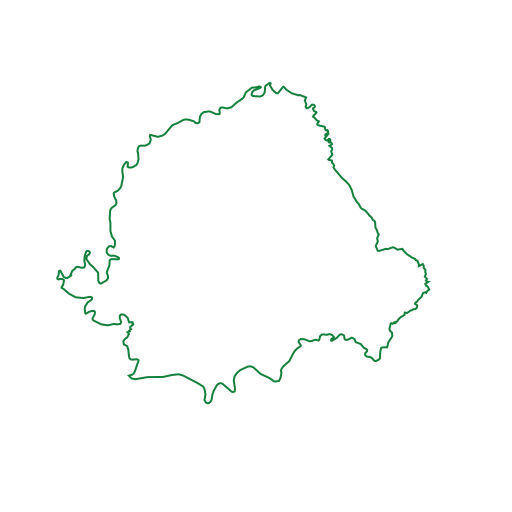 Soc Son, Ha Noi, Vietnam, rotated 116°
{"feature_id": "81297802B86407395704878", "entity_name": "Soc Son", "entity_type": "district", "adm_level": 2, "iso_a3": "VNM", "parent_name": "Vietnam", "parent_adm1": "Ha Noi", "projection": "orthographic", "projection_center": [105.824, 21.281], "detail": "fine", "context": "isolated", "style": "outline", "palette": "green", "viewbox_px": 512, "rotation_deg": 116, "n_neighbors": 0, "source": "geoboundaries", "source_scale": "gbopen_adm2", "svg_char_len": 6103}
<svg xmlns="http://www.w3.org/2000/svg" viewBox="0 0 512 512"><g transform="rotate(116 256 256)"><path d="M371.8,407.6L372.2,400.1L369.5,392.8L365.6,387.5L365.1,386.2L365.2,385.2L367.1,384.5L371.5,386.9L375.9,387.5L378.5,386.9L382.1,384.4L382.4,383.5L379.3,381.5L377.8,379.9L376.4,377.6L376.5,376.8L377.1,376.1L378.9,375.5L383.5,375.5L384.6,375.1L385.2,373.9L385.3,365.3L383.4,359.0L379.4,354.0L378.4,351.0L376.5,348.2L374.6,348.2L371.2,351.5L369.4,352.2L368.1,351.9L367.1,350.7L366.7,348.8L367.0,346.8L367.9,344.2L371.3,340.9L369.6,338.1L370.9,337.3L370.7,336.8L371.5,336.3L375.0,338.0L376.2,337.2L376.5,336.2L378.8,337.2L379.2,336.5L380.8,338.1L381.9,336.0L385.6,336.1L388.2,337.5L391.0,337.8L393.4,335.9L393.4,332.7L393.7,332.1L396.3,329.6L402.0,326.1L403.3,324.9L403.8,323.7L403.7,322.4L401.0,317.7L401.0,316.3L401.5,315.7L412.9,314.3L415.3,314.4L416.7,315.1L419.3,317.8L420.1,315.7L420.5,313.4L419.5,310.3L412.3,300.2L405.4,286.4L400.1,279.8L397.7,276.1L396.2,273.5L395.4,269.5L395.8,252.9L396.5,246.1L398.3,243.9L402.4,240.8L408.0,239.2L409.7,236.7L409.6,234.9L408.7,233.7L406.5,232.9L403.9,233.1L399.5,234.5L396.0,234.9L389.4,234.6L387.0,233.6L385.9,232.2L385.5,230.2L388.6,218.3L388.4,217.1L387.1,215.8L384.7,216.6L377.5,221.5L373.6,222.5L369.3,221.8L365.5,220.2L358.9,214.8L357.5,212.4L357.2,209.6L360.0,200.1L359.8,190.5L360.7,185.3L360.3,183.5L358.3,180.6L355.0,180.5L349.6,182.0L348.3,183.3L345.7,183.6L341.8,182.6L336.0,180.0L327.2,179.9L323.4,179.3L321.2,178.5L317.6,176.4L316.6,176.6L314.8,179.7L313.8,180.4L312.9,180.5L311.0,179.3L309.6,175.9L309.2,170.6L308.0,168.7L305.2,165.9L304.6,162.9L303.8,162.4L299.9,163.2L297.9,162.4L296.7,160.7L295.9,158.0L293.9,155.6L293.7,152.9L294.7,150.5L295.2,150.4L297.2,151.7L298.7,151.8L299.1,151.2L298.8,150.5L294.2,147.5L289.9,146.2L288.7,144.5L288.9,142.0L291.7,140.0L292.1,139.1L291.7,137.7L290.5,136.4L287.4,134.1L287.5,131.0L289.7,128.6L289.2,123.3L291.3,118.8L291.3,115.7L291.8,114.8L293.1,114.4L295.2,115.2L296.7,114.8L297.6,113.8L297.8,112.4L296.7,108.8L296.9,107.2L298.2,104.1L298.3,103.2L297.6,101.9L294.8,99.9L293.5,99.8L288.2,102.1L283.9,103.3L282.8,102.4L280.5,98.1L275.7,99.2L268.8,98.4L267.8,98.6L265.3,100.2L264.5,102.6L263.2,104.1L257.6,105.3L257.0,104.8L257.1,103.4L255.3,102.8L255.6,101.8L255.0,101.1L254.0,101.7L252.9,100.3L251.3,100.4L247.6,99.2L243.9,96.7L241.6,97.4L241.0,95.2L237.2,93.2L236.6,92.2L234.6,91.0L234.1,89.8L233.0,89.1L231.4,88.8L229.7,89.5L229.3,92.1L228.2,92.3L226.8,91.3L224.5,91.0L220.1,89.3L216.2,89.7L214.4,88.1L214.5,86.8L212.1,86.6L210.3,85.6L208.6,87.8L207.9,89.2L208.1,90.1L206.9,91.6L203.9,90.0L204.3,90.9L203.8,91.4L203.6,92.5L201.7,92.2L200.4,95.3L197.6,95.4L196.3,96.8L194.2,97.6L193.2,100.0L191.0,101.2L190.1,102.6L193.7,105.2L191.8,106.1L190.9,107.6L189.4,108.8L189.8,110.4L188.9,111.7L189.0,115.2L188.2,121.1L186.6,125.7L185.4,127.6L188.2,131.4L187.9,135.6L188.2,136.9L192.1,140.7L192.6,142.4L197.4,147.5L197.9,148.9L194.4,152.8L189.4,152.9L187.0,154.9L182.9,155.1L181.9,156.8L180.0,158.4L178.1,161.1L173.2,163.9L172.5,165.1L172.2,167.2L170.6,169.2L169.9,172.1L169.2,173.0L167.2,178.0L167.2,181.5L166.7,183.1L164.2,186.5L163.2,189.0L159.8,194.4L154.6,199.0L151.5,203.0L149.7,207.3L148.2,212.8L143.7,223.1L142.4,225.2L140.5,225.4L139.3,227.1L138.9,228.5L136.9,229.6L137.7,232.7L137.5,233.4L131.5,231.7L129.1,234.3L126.7,234.3L125.5,235.2L124.8,238.3L122.8,236.9L122.0,236.8L121.1,238.4L121.9,240.0L121.5,241.0L121.0,241.0L119.8,239.9L119.0,240.1L118.5,240.9L118.8,241.9L120.2,242.2L121.2,243.2L121.1,244.7L120.2,245.9L116.7,245.0L116.6,245.8L117.1,246.6L116.3,246.9L115.2,246.2L115.9,245.0L114.4,244.5L111.7,246.5L111.5,247.2L112.4,247.8L112.4,248.5L110.8,250.3L110.0,250.5L109.8,251.3L111.2,257.2L111.1,258.4L110.3,258.9L107.4,258.5L107.4,261.0L106.2,263.7L105.8,265.9L104.8,265.9L100.7,264.4L100.2,265.0L100.3,267.4L99.1,269.0L98.2,269.5L97.0,268.6L95.9,268.5L94.9,269.6L94.8,270.8L95.7,272.2L98.2,272.9L100.5,274.4L101.0,275.4L100.0,276.9L97.9,277.1L94.8,280.3L91.5,280.5L92.1,287.2L92.9,287.9L94.1,295.1L93.1,302.1L91.7,305.3L92.1,305.8L100.2,307.7L100.8,309.0L100.3,311.4L99.1,314.4L96.7,318.1L94.8,318.4L94.4,318.6L94.4,319.5L98.7,322.0L100.6,321.9L102.0,321.0L105.4,319.9L108.6,320.3L109.8,321.3L110.9,322.3L113.6,328.9L113.3,330.3L112.6,330.9L110.3,331.1L108.3,330.6L103.3,326.1L102.2,325.7L102.0,326.2L102.2,327.4L104.8,330.4L106.5,333.5L113.6,336.9L118.4,336.6L120.5,337.1L125.6,340.2L133.0,343.3L136.0,346.5L137.3,351.6L138.2,352.9L140.8,353.1L142.8,351.4L144.5,351.1L146.0,354.1L146.2,360.0L146.7,361.8L149.6,366.0L152.5,367.4L155.4,367.4L160.7,365.5L162.1,366.4L162.9,368.6L162.2,370.5L162.9,376.1L164.2,379.3L165.6,381.0L170.8,384.6L175.0,388.5L186.1,391.3L188.9,393.0L191.9,396.4L193.5,404.2L194.9,403.9L197.5,401.6L201.5,401.0L205.4,403.9L207.4,408.1L208.6,409.2L210.8,409.4L213.8,408.5L215.5,406.9L220.8,403.9L224.3,403.2L226.9,403.5L230.2,405.8L231.6,407.6L232.1,409.2L232.0,410.6L228.4,411.9L228.1,412.4L228.4,413.8L231.4,414.6L235.4,414.6L237.8,413.7L243.4,410.0L252.4,407.7L254.0,407.7L257.8,408.8L261.2,411.3L262.1,411.4L264.5,409.7L267.5,405.9L269.9,404.5L271.9,404.6L276.2,406.9L278.1,407.1L279.9,406.7L286.4,404.0L290.2,401.3L297.4,397.8L301.7,393.9L304.0,389.6L307.4,387.9L309.3,387.4L310.8,387.8L310.6,390.8L312.0,392.5L314.3,393.0L316.1,392.8L318.5,391.6L319.5,389.5L319.7,388.3L319.4,386.3L318.0,384.0L317.5,380.5L317.7,378.5L318.6,377.9L319.5,378.5L322.1,384.5L323.9,385.7L328.5,383.7L335.8,383.0L336.8,382.5L339.0,380.2L340.7,379.3L342.9,379.5L344.1,380.1L348.9,383.4L349.0,384.8L347.4,386.9L340.3,390.5L337.3,397.4L336.1,401.7L333.4,406.7L332.4,407.4L330.1,408.0L327.6,406.7L325.8,406.7L325.0,407.7L324.9,408.8L325.6,410.2L326.4,410.6L331.7,409.8L335.4,408.3L338.9,405.6L341.6,405.4L342.9,407.2L343.9,411.5L344.9,412.8L347.3,413.3L349.8,414.6L354.6,414.4L354.5,413.7L355.1,413.8L358.6,416.1L359.1,417.3L359.1,419.7L355.3,424.9L355.1,425.7L355.8,426.4L359.7,425.1L362.5,425.1L363.6,424.5L363.6,423.3L362.0,421.1L361.6,419.7L361.7,418.4L362.3,417.8L366.6,416.7L369.2,417.1L369.8,416.8L370.0,414.4L371.8,407.6Z" fill="none" stroke="#15803d" stroke-width="2"/></g></svg>